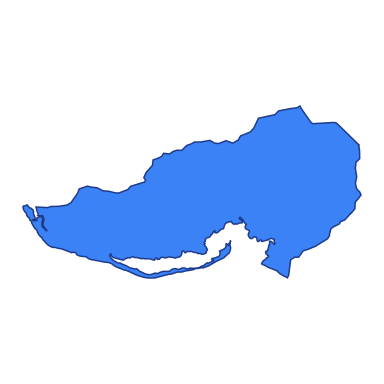 outline of Utwe, Kosrae, Federated States of Micronesia
{"feature_id": "79324940B42296922872793", "entity_name": "Utwe", "entity_type": "district", "adm_level": 2, "iso_a3": "FSM", "parent_name": "Federated States of Micronesia", "parent_adm1": "Kosrae", "projection": "orthographic", "projection_center": [162.945, 5.291], "detail": "fine", "context": "isolated", "style": "filled", "palette": "blue", "viewbox_px": 384, "rotation_deg": 0, "n_neighbors": 0, "source": "geoboundaries", "source_scale": "gbopen_adm2", "svg_char_len": 6029}
<svg xmlns="http://www.w3.org/2000/svg" viewBox="0 0 384 384"><path d="M300.0,106.0L297.2,107.7L289.9,108.7L278.6,110.9L274.9,114.7L258.5,118.2L253.8,128.1L250.4,131.9L240.5,136.0L238.3,140.0L232.8,143.1L226.0,140.7L218.9,143.5L214.8,143.2L209.9,140.4L200.6,142.0L194.5,142.0L191.9,143.6L186.7,145.5L181.7,150.4L177.1,150.2L173.2,151.4L169.5,154.0L163.6,153.3L161.6,156.6L155.9,159.0L153.1,159.9L152.4,165.4L146.2,172.4L143.9,177.4L144.0,178.0L145.5,179.9L144.7,182.0L130.8,186.2L127.7,189.6L118.6,193.1L115.0,192.8L108.5,191.2L103.3,190.9L97.1,187.8L89.8,186.9L87.6,186.1L79.2,188.9L77.6,193.3L70.8,202.9L66.8,205.1L59.1,206.3L51.0,206.5L47.9,207.6L36.0,207.0L37.0,211.1L38.4,214.6L37.8,215.4L39.0,215.8L42.1,215.5L43.0,216.2L43.1,217.0L43.9,218.7L44.0,219.9L42.8,224.8L43.3,225.2L44.2,227.2L46.9,230.4L46.8,230.7L46.3,230.7L42.5,227.0L42.4,226.5L41.9,226.0L41.8,222.7L42.4,221.1L42.7,218.9L41.7,216.8L40.3,216.7L38.4,217.1L37.8,217.6L37.2,217.8L36.3,218.9L36.9,219.9L36.6,220.7L36.0,220.8L35.3,220.2L34.1,220.8L33.1,220.7L32.7,220.3L32.9,219.6L34.7,219.4L35.1,218.7L34.7,216.5L33.5,214.0L33.5,211.3L33.2,210.1L30.9,208.1L29.8,208.0L27.2,204.9L26.6,205.0L25.2,205.8L23.8,205.9L23.1,206.5L23.0,207.7L23.7,209.8L24.7,211.6L26.4,213.3L26.6,214.9L27.2,216.2L28.4,217.5L29.4,218.1L30.0,220.3L31.1,220.7L31.8,223.3L34.4,227.7L35.3,229.0L35.8,229.1L37.0,230.4L37.5,232.4L39.0,234.9L40.9,237.1L41.8,237.4L42.1,238.3L43.1,239.9L45.1,241.9L45.9,243.0L48.1,245.1L50.2,246.4L53.0,247.5L54.3,247.3L59.9,248.7L61.2,248.7L71.7,252.7L72.9,252.2L73.8,252.5L75.3,252.6L76.3,253.2L76.6,254.5L77.8,255.3L80.1,256.1L86.5,256.9L88.1,258.4L89.7,259.2L93.1,260.0L94.6,260.0L95.6,260.4L99.9,261.1L103.0,261.9L109.0,262.6L112.4,264.1L113.5,265.3L116.3,266.9L124.1,270.0L126.1,270.4L128.5,271.3L136.2,274.9L138.7,275.8L144.3,277.4L148.3,278.0L154.5,278.0L168.7,274.3L170.6,274.2L171.8,273.9L177.4,272.1L182.0,272.0L186.1,270.8L189.5,270.4L193.8,269.5L195.1,268.7L198.8,268.3L201.9,267.7L203.1,267.9L208.4,266.0L216.4,261.3L223.7,257.9L229.2,252.9L230.4,249.8L230.6,248.3L230.6,247.3L230.0,245.7L230.0,243.9L230.6,241.4L230.5,240.8L230.3,240.8L229.9,242.6L228.8,243.6L229.3,244.6L229.3,245.1L228.1,245.4L226.5,243.6L226.3,243.6L226.0,244.3L226.0,246.4L225.5,247.7L224.7,248.5L222.6,249.8L220.4,250.5L219.5,251.1L220.1,252.6L220.1,253.9L219.4,255.8L218.9,256.4L214.2,258.2L212.1,258.4L211.8,259.5L212.1,260.1L213.3,259.9L213.6,260.2L213.3,261.0L208.4,263.2L207.6,263.1L207.1,262.8L203.4,265.7L201.5,266.2L200.3,266.8L199.4,267.6L197.5,268.0L196.0,268.0L195.0,268.3L191.4,268.3L191.0,268.1L190.1,268.0L187.9,269.0L186.4,268.8L184.9,268.0L182.3,268.0L181.1,268.3L180.5,268.9L177.8,269.5L176.0,268.6L174.6,268.6L172.4,269.1L169.7,271.1L167.9,271.4L163.5,271.3L160.0,272.3L157.6,273.6L156.8,273.6L156.0,273.1L154.8,273.2L150.9,274.6L148.6,274.6L146.7,274.3L144.2,273.4L139.3,271.0L137.0,268.9L133.7,268.8L131.2,268.0L130.0,267.9L125.9,265.5L125.1,265.4L123.7,264.6L122.0,264.1L120.0,263.0L118.2,263.0L117.0,262.6L116.0,261.8L114.2,261.0L110.8,257.9L110.7,257.4L109.8,256.4L109.8,255.2L110.2,254.3L110.4,254.0L111.0,254.0L111.1,255.4L112.7,257.0L113.9,257.6L117.2,258.6L118.4,258.7L119.2,259.2L121.2,259.6L122.5,260.1L123.4,260.1L125.6,258.6L126.5,258.5L127.5,257.7L130.3,257.9L132.1,256.7L133.3,256.7L133.7,257.2L135.2,257.6L137.4,257.6L138.0,257.9L139.2,257.9L140.9,258.7L143.9,258.5L144.5,258.8L150.1,258.8L153.2,260.0L154.7,260.0L155.0,259.7L155.1,258.5L155.7,258.2L157.2,258.2L157.3,259.3L159.4,259.3L160.6,257.8L161.9,257.2L162.8,257.2L164.3,257.8L166.2,257.8L168.7,256.9L169.6,256.9L170.2,257.2L172.4,257.2L174.6,258.0L175.5,258.1L177.4,257.2L179.2,257.1L180.1,256.5L181.0,255.6L181.9,253.7L182.0,251.5L182.9,250.9L183.5,251.0L184.4,251.9L184.5,252.4L185.1,252.8L185.7,252.7L186.6,251.6L186.9,251.5L191.6,251.5L194.1,252.4L197.1,252.8L197.5,253.3L198.4,253.7L200.0,253.3L200.8,253.7L201.3,254.2L203.4,254.2L204.3,253.7L205.2,253.6L206.1,253.0L206.2,251.8L207.0,250.5L207.4,249.3L206.5,248.3L206.4,247.5L204.3,244.9L204.3,244.3L205.1,243.7L205.1,243.4L204.3,243.0L204.3,242.1L205.4,241.1L205.2,240.2L205.9,238.7L206.4,238.0L209.5,237.1L211.0,235.5L211.1,234.6L212.0,234.2L212.5,233.6L213.0,232.4L213.8,231.2L215.0,230.9L214.8,232.6L216.6,232.9L217.9,232.4L218.8,231.2L220.0,230.5L221.0,229.3L221.9,228.9L223.1,228.9L223.7,228.3L224.1,226.4L225.0,224.2L226.5,222.7L227.4,222.6L228.4,221.8L229.0,221.7L229.9,222.0L230.8,221.5L231.4,221.5L232.1,222.9L233.6,224.2L234.9,223.9L236.5,224.1L238.0,223.8L239.5,222.9L242.0,222.9L242.3,222.3L242.2,220.8L241.6,220.2L240.5,219.8L239.2,218.6L239.5,217.6L240.5,217.3L240.9,218.1L243.2,220.1L244.3,222.6L244.8,222.9L245.6,224.0L246.1,224.1L246.3,224.5L245.1,226.6L245.3,228.1L245.9,228.9L248.2,230.0L249.2,230.7L249.5,231.4L248.2,234.2L248.3,235.4L249.4,237.4L250.3,238.3L250.9,238.6L251.7,238.6L252.3,238.4L253.5,237.2L254.4,236.9L256.0,237.2L256.8,238.0L257.1,240.2L257.4,241.1L257.8,241.5L258.5,241.5L260.1,239.9L261.2,240.0L261.3,241.0L262.0,241.5L268.7,239.6L270.5,238.4L271.3,238.4L272.7,239.0L274.0,239.0L274.4,240.0L274.1,241.2L274.9,243.2L274.5,244.3L273.9,244.2L271.6,241.8L270.3,241.2L269.6,241.2L269.5,242.3L269.7,243.5L269.3,244.9L268.7,245.3L268.7,246.9L267.5,250.8L267.0,251.4L266.1,251.1L265.6,252.2L265.8,253.4L267.0,254.3L267.3,255.1L268.5,255.9L268.5,256.8L268.0,257.3L267.2,257.4L264.9,259.7L263.2,260.8L261.6,263.4L261.6,263.8L262.6,264.5L264.3,265.1L268.8,267.6L272.6,269.0L277.5,271.1L277.7,271.6L279.6,273.5L284.2,276.2L286.5,277.2L287.3,277.8L288.6,275.5L290.7,259.7L294.8,257.1L298.7,257.2L303.1,250.9L308.3,249.2L315.4,246.3L327.5,238.8L329.0,236.6L330.8,228.9L332.7,227.3L339.5,223.8L340.4,221.6L344.7,220.0L351.1,213.0L351.3,213.1L354.9,208.8L355.2,202.9L355.8,201.3L357.4,199.7L361.0,195.0L359.7,191.9L357.0,189.3L356.1,186.7L355.4,182.9L356.7,177.0L355.4,168.3L356.0,162.4L359.7,158.6L359.6,151.3L359.2,147.7L358.6,146.5L359.2,145.2L336.9,123.4L336.0,122.8L335.0,122.6L333.3,122.5L312.8,123.7L311.0,122.5L301.3,108.6L300.0,106.0Z" fill="#3b82f6" stroke="#1e3a8a" stroke-width="1.5"/></svg>